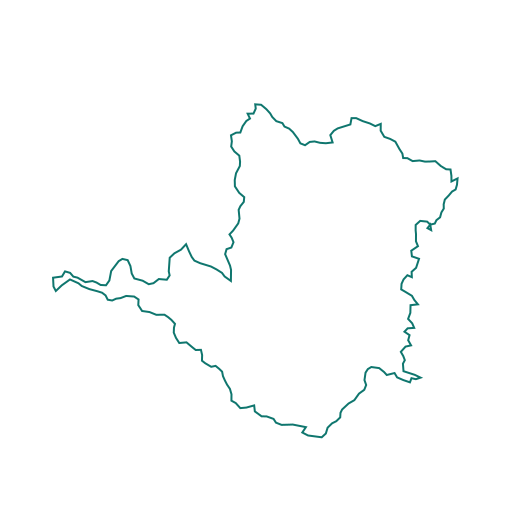 the district of Balsa Nova, Paraná, Brazil, rotated 285°
{"feature_id": "56859067B3442614112454", "entity_name": "Balsa Nova", "entity_type": "district", "adm_level": 2, "iso_a3": "BRA", "parent_name": "Brazil", "parent_adm1": "Paraná", "projection": "albers", "projection_center": [-49.689, -25.488], "detail": "fine", "context": "isolated", "style": "outline", "palette": "teal", "viewbox_px": 512, "rotation_deg": 285, "n_neighbors": 0, "source": "geoboundaries", "source_scale": "gbopen_adm2", "svg_char_len": 3306}
<svg xmlns="http://www.w3.org/2000/svg" viewBox="0 0 512 512"><g transform="rotate(285 256 256)"><path d="M415.9,342.3L412.3,337.6L413.5,331.7L413.9,324.2L415.1,317.1L413.9,312.6L407.5,313.1L400.4,301.9L397.1,298.8L392.0,296.5L385.5,300.6L383.0,294.3L381.9,288.6L381.8,282.9L380.1,278.4L375.7,274.7L376.3,269.7L380.1,266.1L385.3,259.5L387.6,255.1L388.4,250.0L391.2,247.1L391.5,240.7L394.5,235.7L397.4,232.8L400.5,228.0L403.4,221.8L402.3,216.0L398.3,217.6L392.9,216.7L391.3,211.1L387.2,214.6L383.9,211.7L377.9,209.5L371.2,208.9L370.0,204.9L366.1,200.6L360.5,203.0L355.3,203.7L351.4,208.0L348.6,213.9L343.0,216.2L338.7,217.1L330.8,215.3L323.9,215.8L317.8,217.6L312.6,223.5L309.8,229.4L305.1,230.2L300.1,228.0L296.1,227.3L287.8,230.4L282.9,230.4L274.6,227.3L270.0,224.8L267.3,227.8L263.5,230.7L257.8,230.0L255.0,225.8L249.8,225.7L240.0,233.4L236.1,235.5L225.4,238.2L228.1,231.0L230.9,227.5L232.8,221.4L234.2,215.2L234.6,203.9L235.6,197.7L238.4,194.2L243.2,190.1L249.3,185.4L242.7,181.9L237.5,176.5L232.0,173.1L218.6,175.7L214.9,177.6L210.0,176.0L208.6,168.1L203.2,164.0L201.0,159.7L202.8,152.9L202.8,144.3L206.9,140.5L213.8,137.3L218.8,133.1L218.6,127.7L215.5,124.7L204.0,120.0L194.4,120.7L188.9,118.7L187.8,113.4L189.1,108.8L189.5,104.6L186.6,98.0L188.9,89.2L188.8,84.9L191.6,80.8L191.7,75.5L186.0,73.9L182.5,65.6L174.1,68.3L170.4,71.7L177.4,76.0L185.2,82.4L183.7,91.6L181.9,95.5L180.9,103.6L180.9,112.0L180.7,116.8L179.0,120.9L175.4,124.1L175.8,128.6L178.6,132.0L180.3,136.1L183.8,140.9L185.3,148.8L183.6,153.8L178.1,155.0L173.4,160.2L174.3,167.7L173.4,174.9L175.6,182.8L174.2,186.9L172.4,190.8L169.5,195.3L165.6,195.3L160.7,196.4L156.2,199.9L152.1,204.4L154.6,211.2L151.5,217.8L149.6,222.1L151.1,227.1L146.4,229.6L140.9,230.9L139.3,234.6L137.4,241.4L139.4,245.4L137.5,249.6L135.5,253.2L131.4,255.2L127.7,258.2L124.3,261.3L120.9,265.2L116.1,268.1L109.9,269.7L108.7,274.5L105.0,280.2L107.1,285.9L111.2,292.9L105.6,295.1L102.6,302.9L103.8,307.8L103.2,315.1L100.2,318.4L99.5,324.4L101.1,329.8L102.7,335.1L103.6,348.5L97.5,346.4L96.1,352.7L97.9,366.4L102.6,369.4L108.7,369.6L114.1,372.8L117.2,376.3L121.9,379.1L126.4,378.2L130.0,378.9L137.5,383.6L142.2,388.3L149.7,391.1L154.8,395.2L159.9,395.8L164.2,392.9L171.7,392.0L175.7,393.3L178.6,396.1L179.6,404.0L177.1,409.7L174.9,413.1L178.8,420.1L175.3,423.7L174.3,430.3L173.8,437.4L178.2,437.8L178.4,442.3L181.1,446.4L182.3,440.1L182.9,428.3L190.0,425.8L193.9,426.7L197.4,424.2L200.9,420.7L207.2,423.9L209.8,428.9L214.0,424.8L219.3,424.8L221.3,419.0L225.4,421.2L227.5,427.4L231.4,424.3L234.6,419.2L241.0,419.8L248.5,418.0L251.2,424.9L254.5,420.3L257.9,416.9L260.2,409.0L261.3,404.9L266.8,403.8L271.6,404.6L276.6,407.2L275.9,412.0L281.0,410.4L286.0,413.7L295.5,414.2L296.0,406.7L301.3,404.6L307.4,409.9L311.6,406.7L318.5,404.9L322.0,403.6L327.3,402.2L332.4,405.5L333.5,412.4L331.4,416.2L333.6,420.3L337.3,421.0L341.0,423.8L346.1,423.8L350.4,425.1L354.5,423.9L359.4,423.8L364.1,426.4L369.0,428.7L371.9,431.6L376.8,431.7L383.1,430.6L378.6,425.5L384.0,424.0L389.9,421.5L389.0,417.2L390.7,411.3L394.0,404.7L392.1,399.0L390.9,394.7L390.6,389.3L388.2,382.7L389.7,376.9L388.7,372.8L392.8,370.9L396.5,366.8L402.5,361.0L403.8,355.3L404.3,349.1L409.3,344.0L415.9,342.3ZM331.4,416.2L327.3,414.4L326.3,418.5L331.4,416.2Z" fill="none" stroke="#0f766e" stroke-width="2"/></g></svg>